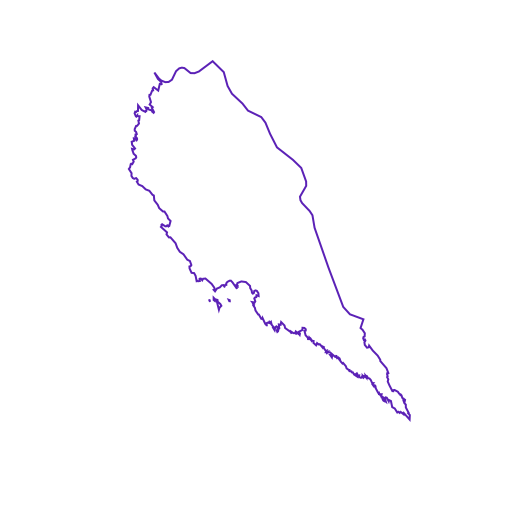 outline of Kilrush Lea-5, Clare, Ireland, rotated 249°
{"feature_id": "5873133B68451217430396", "entity_name": "Kilrush Lea-5", "entity_type": "district", "adm_level": 2, "iso_a3": "IRL", "parent_name": "Ireland", "parent_adm1": "Clare", "projection": "natural_earth1", "projection_center": [-9.571, 52.715], "detail": "fine", "context": "isolated", "style": "outline", "palette": "violet", "viewbox_px": 512, "rotation_deg": 249, "n_neighbors": 0, "source": "geoboundaries", "source_scale": "gbopen_adm2", "svg_char_len": 6089}
<svg xmlns="http://www.w3.org/2000/svg" viewBox="0 0 512 512"><g transform="rotate(249 256 256)"><path d="M295.6,318.3L303.5,328.0L307.6,329.5L322.0,329.8L332.6,324.9L349.9,314.5L365.1,312.9L377.1,312.6L383.8,310.7L394.6,300.6L403.2,298.0L416.1,291.7L424.9,290.4L439.2,291.8L453.4,285.3L448.7,268.8L448.7,264.1L450.2,260.5L457.1,256.5L458.4,254.3L458.7,251.6L457.2,247.6L450.7,240.7L449.8,236.8L450.8,233.6L453.7,230.5L456.4,229.0L463.7,226.9L456.4,227.9L452.6,229.8L449.5,229.4L450.5,229.1L451.2,227.9L445.5,224.0L450.3,221.0L449.5,219.6L447.5,219.3L447.6,218.3L444.3,215.2L444.6,214.3L443.1,213.5L437.3,213.1L435.5,211.0L432.0,212.9L431.6,211.8L426.9,212.4L426.4,211.7L428.0,210.8L429.0,211.2L431.0,208.6L432.3,207.9L432.9,208.3L434.3,206.2L432.0,206.4L430.6,205.5L430.9,204.8L430.3,204.3L431.8,202.9L433.3,201.6L438.9,199.9L433.7,197.8L433.9,196.5L433.4,195.6L434.0,194.9L432.7,193.8L429.5,193.9L429.0,194.2L429.7,195.4L429.2,195.2L428.2,197.4L424.7,195.6L424.6,194.7L421.6,194.2L420.1,191.6L420.4,190.7L417.9,188.2L416.4,187.7L414.8,188.5L412.6,188.4L412.6,187.1L411.4,187.0L411.1,186.2L408.5,187.1L407.3,186.7L406.8,186.0L409.4,185.0L409.7,184.1L407.2,183.6L407.2,180.9L404.2,180.2L399.7,181.6L399.2,180.3L400.4,178.7L399.0,178.5L395.3,178.4L392.6,179.8L391.1,179.6L390.3,178.7L389.9,175.6L387.9,175.6L386.1,173.4L386.9,172.6L386.7,172.0L383.9,170.2L382.8,168.5L377.9,169.5L375.4,168.4L372.9,168.9L371.7,170.0L371.7,172.0L369.7,172.8L368.5,172.5L368.1,171.4L364.8,172.0L362.0,174.9L357.7,176.9L355.1,179.8L350.2,181.3L349.1,182.3L344.3,181.0L339.1,182.6L335.3,182.8L330.9,185.1L330.3,186.5L325.1,187.6L322.6,187.3L319.3,188.8L315.3,185.9L315.7,185.5L315.1,184.7L316.4,184.1L315.9,182.9L316.2,182.0L319.3,179.7L319.1,179.0L317.6,178.5L317.2,177.7L309.9,181.4L308.2,180.2L304.5,181.4L304.1,182.8L296.7,185.5L291.9,185.4L287.2,186.4L283.6,188.9L277.2,190.5L275.0,192.5L270.7,192.4L270.0,191.4L270.1,190.1L268.1,189.5L263.4,189.8L262.2,192.1L259.1,192.5L253.9,191.6L254.0,192.3L253.2,192.8L252.8,194.6L254.8,195.0L255.0,195.7L254.6,196.5L252.6,197.1L253.7,198.4L253.1,200.7L245.8,204.6L241.4,205.7L239.3,205.4L238.9,204.9L239.5,204.8L239.5,204.4L237.7,205.1L239.6,207.8L239.7,211.1L240.9,213.5L240.6,215.0L237.8,215.8L239.4,215.5L240.1,217.0L239.7,217.9L241.2,218.5L242.1,220.0L242.4,222.6L242.0,223.7L239.8,224.6L232.2,226.5L235.0,226.9L234.4,227.7L235.7,227.6L235.5,228.1L236.2,228.0L237.4,229.0L237.5,233.2L235.3,237.2L230.2,239.7L228.1,239.1L225.3,239.6L223.2,239.1L221.8,239.6L222.5,239.4L222.0,239.6L222.2,240.7L224.0,241.9L224.0,243.3L223.1,244.3L220.4,244.9L217.7,244.1L219.2,242.4L217.5,241.5L217.6,240.0L217.0,239.2L213.9,239.1L213.1,238.1L214.3,236.0L212.1,236.7L212.1,236.1L210.8,236.3L210.7,235.8L208.0,236.4L205.3,236.0L200.6,237.1L200.3,237.7L195.5,238.4L194.9,239.3L195.7,239.9L189.3,240.3L188.7,241.0L189.5,241.0L188.5,241.5L189.5,241.8L189.6,243.0L188.8,244.2L189.3,244.5L188.3,245.1L188.9,245.4L188.3,245.6L188.8,246.3L186.2,246.0L183.3,246.9L183.1,246.2L180.0,246.8L182.6,248.5L183.0,249.9L182.2,250.4L180.8,250.4L178.9,248.7L177.5,248.7L177.8,249.6L179.9,250.9L180.1,251.8L183.9,252.8L182.9,254.3L185.3,255.8L180.9,257.7L178.3,257.4L172.6,261.1L170.7,261.5L172.7,261.8L170.6,263.3L169.9,265.0L168.3,266.0L170.7,265.5L171.3,266.1L168.6,267.4L169.0,267.8L166.7,268.5L167.8,269.2L169.9,268.8L170.3,272.8L172.3,273.7L171.5,275.4L169.8,276.2L168.6,275.7L168.7,274.4L164.2,273.9L161.2,275.1L159.8,274.8L159.4,275.7L160.7,276.5L157.7,277.3L158.3,277.6L156.7,278.0L156.0,279.3L154.3,278.5L151.1,280.1L152.8,281.8L151.1,282.7L150.2,282.5L151.2,283.1L150.7,284.0L147.4,285.1L148.1,285.4L146.6,286.7L146.1,286.2L142.3,287.2L142.3,287.8L141.4,286.9L141.2,287.9L140.9,287.0L139.9,287.3L140.6,288.6L139.5,290.6L133.4,293.8L133.3,294.7L134.8,295.5L133.0,294.8L131.6,295.1L132.0,296.1L130.2,296.5L130.9,297.0L130.4,297.3L127.3,297.2L124.6,298.2L124.9,299.0L120.9,300.4L118.6,300.3L116.2,301.9L115.8,303.3L116.0,301.8L115.0,302.0L113.8,304.4L114.0,303.6L113.1,303.7L112.7,304.7L110.2,305.1L108.1,306.6L109.3,306.5L108.5,307.2L110.0,306.9L110.3,308.0L109.9,308.0L110.4,308.1L107.4,308.5L108.3,308.8L107.4,308.7L107.4,309.5L106.1,308.9L104.7,310.3L104.6,311.1L105.3,311.7L104.4,312.3L105.8,312.7L104.3,313.2L106.1,313.4L104.1,314.2L104.4,314.8L103.3,315.2L105.0,315.5L104.2,315.8L104.6,315.9L104.3,316.4L101.2,317.0L101.6,317.1L101.0,318.0L99.2,318.7L95.9,318.9L95.3,320.0L94.6,318.7L92.1,319.3L92.3,319.9L93.1,319.6L92.8,320.5L91.7,320.9L90.9,320.7L91.1,320.2L84.6,321.0L84.4,321.8L83.0,321.3L81.9,323.7L81.5,323.3L81.9,322.9L80.9,323.0L81.6,322.2L80.6,322.5L80.8,322.9L79.1,322.6L78.8,323.4L79.3,323.5L78.6,324.0L77.6,323.9L78.1,323.2L77.5,322.9L75.6,323.0L74.5,323.6L75.6,323.6L73.5,324.2L74.7,324.3L73.5,325.0L77.4,325.4L77.6,326.4L76.8,327.3L72.8,327.8L73.9,328.5L72.3,330.0L66.1,329.0L63.9,330.9L59.3,331.8L59.6,333.0L58.2,333.8L58.6,334.2L57.9,335.2L58.2,335.4L55.4,337.0L56.1,337.3L55.6,337.7L56.0,337.9L48.3,340.8L52.4,342.6L54.7,341.7L54.9,342.3L60.9,341.6L63.6,342.6L65.4,341.8L68.8,341.9L69.3,342.8L67.7,343.2L68.3,343.6L71.2,341.7L73.6,341.9L74.2,341.1L74.8,341.5L76.2,340.3L78.4,339.8L81.3,337.3L81.5,336.2L80.6,335.7L81.0,334.9L87.5,334.2L91.6,334.0L93.5,335.3L96.0,335.0L96.5,335.8L98.7,336.0L99.1,337.3L99.7,336.9L99.9,337.6L104.5,337.6L113.4,334.4L114.7,334.8L119.4,333.9L125.9,331.1L131.8,329.5L130.4,328.6L130.6,326.8L134.0,325.7L136.6,326.3L138.0,327.9L138.5,327.8L138.1,327.4L138.8,327.1L138.3,327.1L138.7,326.6L140.8,326.6L141.9,327.4L142.0,328.6L144.9,329.9L149.5,328.9L149.1,328.9L151.3,327.8L158.4,333.6L167.9,322.8L177.2,319.2L219.6,319.5L261.4,320.8L273.8,323.3L278.8,322.2L288.9,318.0L292.1,317.5L295.6,318.3ZM227.0,203.9L228.8,204.3L230.3,202.3L232.2,201.5L230.1,200.7L228.9,201.4L230.1,202.0L227.9,203.2L219.1,202.1L220.8,203.4L221.8,205.6L221.1,205.9L224.0,205.5L227.0,203.9ZM135.1,291.1L136.4,290.6L136.9,289.8L134.1,290.5L135.1,291.1ZM224.9,214.8L223.4,214.9L223.2,215.3L224.2,215.6L224.9,214.8ZM231.1,196.5L229.7,196.8L232.3,196.8L231.1,196.5ZM186.8,241.2L188.6,241.1L188.6,240.7L186.8,241.2Z" fill="none" stroke="#5b21b6" stroke-width="2"/></g></svg>